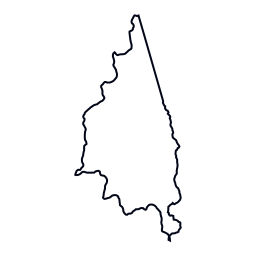 Senador Modestino Gonçalves, Minas Gerais, Brazil (Natural Earth projection)
{"feature_id": "56859067B21823759128365", "entity_name": "Senador Modestino Gonçalves", "entity_type": "district", "adm_level": 2, "iso_a3": "BRA", "parent_name": "Brazil", "parent_adm1": "Minas Gerais", "projection": "natural_earth1", "projection_center": [-43.245, -17.835], "detail": "fine", "context": "isolated", "style": "outline", "palette": "ink", "viewbox_px": 256, "rotation_deg": 0, "n_neighbors": 0, "source": "geoboundaries", "source_scale": "gbopen_adm2", "svg_char_len": 4441}
<svg xmlns="http://www.w3.org/2000/svg" viewBox="0 0 256 256"><path d="M138.5,15.5L137.2,16.1L135.8,15.6L134.5,15.4L133.8,16.3L133.3,17.4L132.7,18.5L131.9,20.0L131.5,21.7L131.9,23.2L133.2,24.2L133.8,25.9L133.6,27.1L133.0,28.1L132.7,29.6L131.6,30.7L130.5,30.9L129.5,31.6L129.5,33.0L129.7,34.3L129.9,36.3L130.2,38.1L130.3,39.7L130.6,41.0L131.0,42.9L131.6,44.8L131.6,46.6L131.5,48.2L130.8,49.2L129.7,49.7L128.6,50.5L127.7,51.4L126.4,52.6L125.2,53.7L123.8,54.1L122.1,54.3L120.3,54.3L119.0,54.7L117.8,55.1L116.8,54.8L116.0,54.1L115.4,53.1L114.6,52.3L113.4,53.4L112.9,54.9L112.9,56.5L113.4,57.9L113.7,59.1L114.1,60.5L114.2,62.2L113.9,63.4L113.3,64.9L113.8,66.4L114.5,67.3L115.2,68.5L116.0,69.9L116.3,71.5L116.7,72.8L117.0,74.1L116.9,75.7L116.5,77.4L115.4,78.7L114.3,80.0L113.4,80.9L112.2,81.6L111.0,82.1L109.7,82.5L108.1,82.6L106.9,82.5L106.0,82.0L104.8,82.0L103.7,83.0L102.9,84.2L101.9,85.0L101.1,86.0L101.2,87.3L101.9,88.9L102.4,90.5L102.5,92.2L102.4,93.9L102.9,95.4L103.7,96.3L104.4,97.9L103.7,99.4L102.4,100.8L101.0,101.4L99.8,102.1L98.5,103.1L97.2,104.2L95.4,104.7L93.9,105.2L92.7,106.0L91.6,106.8L90.5,107.5L89.5,108.5L88.3,109.5L87.2,110.5L86.3,111.3L85.4,112.1L84.8,113.0L84.4,114.4L83.6,115.3L83.2,116.5L83.6,117.9L84.6,119.0L84.3,120.8L83.2,122.7L83.3,124.5L84.1,125.6L84.7,126.8L85.3,128.0L85.8,129.2L85.5,130.5L85.1,131.7L84.9,133.5L84.8,135.1L84.8,136.8L84.8,138.5L85.1,139.9L86.0,141.4L86.4,142.7L86.5,144.0L85.4,144.8L84.2,146.0L84.1,147.9L84.2,149.9L83.7,151.8L83.3,153.6L83.2,155.3L82.4,157.3L81.9,159.0L81.9,160.4L82.0,161.8L82.6,163.0L83.4,164.6L83.2,166.1L82.4,167.1L81.5,167.8L80.9,168.9L80.1,169.9L78.1,169.8L76.7,170.8L76.1,172.2L75.6,173.5L75.3,174.8L76.5,175.1L78.1,174.9L79.8,174.2L81.0,173.3L82.0,172.2L83.1,171.8L84.5,171.9L86.0,172.4L87.2,172.7L88.8,172.7L90.6,172.7L92.1,172.6L93.4,172.7L94.4,172.5L95.4,171.5L97.1,171.0L98.5,170.8L99.8,171.6L100.0,173.4L100.8,175.0L102.2,175.5L103.3,175.6L104.4,176.0L105.3,176.8L106.3,178.0L107.1,179.9L107.0,181.7L106.6,183.1L105.9,184.1L105.2,185.5L105.0,187.2L104.9,189.0L104.4,190.7L103.8,193.1L103.6,195.5L103.0,197.6L103.8,198.6L104.8,198.9L105.9,198.7L107.3,198.2L108.8,197.8L109.9,197.5L111.0,196.6L112.1,195.7L113.2,195.3L114.3,195.1L115.8,195.1L117.2,195.7L118.1,196.4L118.3,197.6L119.2,198.7L119.5,200.4L119.6,201.9L119.8,203.3L120.0,205.2L120.8,205.9L121.9,206.7L122.7,207.9L123.2,209.3L123.3,211.0L123.8,212.2L124.6,213.4L125.7,214.5L127.0,214.8L128.2,213.8L129.4,213.6L130.6,213.6L132.0,212.9L132.7,211.7L133.6,211.0L134.8,210.2L136.0,209.2L137.5,209.3L139.1,209.0L140.2,208.3L141.6,208.0L143.0,208.1L144.1,209.2L145.6,209.8L146.4,209.1L146.7,207.9L147.5,206.5L149.0,205.0L150.7,204.5L152.5,204.6L154.0,205.2L155.3,206.1L156.2,207.0L156.7,208.1L157.6,208.9L158.6,210.1L159.8,211.4L160.5,212.5L160.5,213.9L160.8,215.2L161.1,216.5L161.6,218.0L161.7,220.2L161.3,222.0L161.5,224.0L162.2,225.7L162.3,227.3L161.9,229.2L161.9,230.8L162.7,231.6L163.9,232.0L165.0,232.5L166.5,233.3L167.8,234.1L168.6,235.3L169.1,236.9L170.0,235.4L171.1,234.2L172.3,233.4L173.6,233.4L175.1,233.2L176.3,232.5L177.3,232.4L178.4,231.8L178.9,229.9L180.0,228.7L180.7,227.6L180.2,225.4L180.4,223.7L180.2,222.5L178.5,221.8L177.6,220.7L176.3,220.1L175.0,219.7L173.7,219.6L173.5,218.0L173.3,215.9L171.5,215.4L170.1,215.7L168.9,214.5L168.8,212.9L167.9,212.3L168.2,210.9L168.3,209.6L168.3,208.2L168.4,206.7L169.4,205.9L170.4,204.8L171.9,204.0L172.7,203.0L173.5,203.9L174.5,204.2L175.6,203.4L176.9,202.8L177.9,202.2L178.9,201.1L180.1,199.8L180.7,197.7L180.3,195.6L180.0,194.1L179.4,192.9L179.4,191.4L178.8,189.9L178.2,188.3L176.8,187.2L175.9,185.8L175.4,184.1L175.1,182.5L174.4,181.0L174.2,179.1L174.8,177.2L175.3,175.7L176.0,174.7L176.8,173.6L176.7,171.6L176.9,169.4L177.4,167.0L177.6,165.1L177.3,163.2L177.1,161.5L177.2,160.3L176.9,158.8L176.1,157.6L176.2,155.8L175.5,154.2L175.6,152.6L175.9,150.5L177.1,149.7L177.6,148.2L178.8,147.6L179.4,146.4L178.8,145.3L177.7,143.9L176.9,142.4L176.5,141.3L176.0,140.1L174.5,138.9L173.4,138.2L172.7,137.1L172.5,135.6L172.4,134.1L173.2,132.9L173.0,131.5L172.4,130.3L172.3,128.6L171.3,126.9L170.5,125.7L170.5,124.0L171.0,122.5L170.8,121.4L170.4,119.7L169.7,118.2L170.3,117.1L169.9,115.9L168.8,114.8L167.8,113.7L168.5,112.5L167.8,110.9L166.0,109.9L165.0,108.2L165.2,106.3L164.1,105.4L163.5,104.0L162.9,102.8L163.2,101.3L146.0,41.4L138.5,15.5ZM170.0,240.6L169.8,238.0L169.1,236.9L168.6,238.4L168.6,239.9L170.0,240.6Z" fill="none" stroke="#020617" stroke-width="2"/></svg>